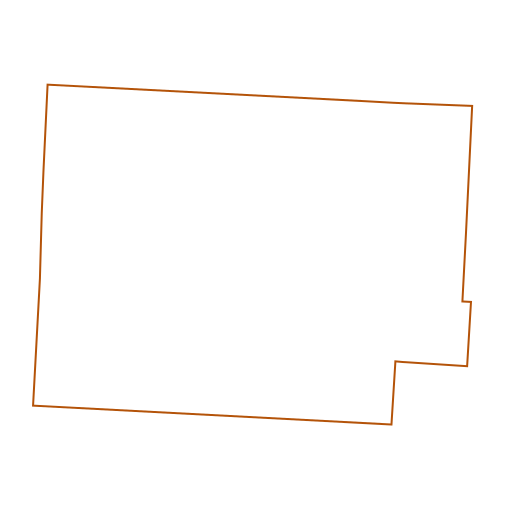 Chippewa, Wisconsin, United States of America (Natural Earth projection), rotated 183°
{"feature_id": "52423323B31580722311005", "entity_name": "Chippewa", "entity_type": "district", "adm_level": 2, "iso_a3": "USA", "parent_name": "United States of America", "parent_adm1": "Wisconsin", "projection": "natural_earth1", "projection_center": [-91.404, 45.074], "detail": "fine", "context": "isolated", "style": "outline", "palette": "amber", "viewbox_px": 512, "rotation_deg": 183, "n_neighbors": 0, "source": "geoboundaries", "source_scale": "gbopen_adm2", "svg_char_len": 434}
<svg xmlns="http://www.w3.org/2000/svg" viewBox="0 0 512 512"><g transform="rotate(183 256 256)"><path d="M111.9,94.8L111.3,155.4L111.3,158.1L103.7,157.8L102.1,157.8L101.2,157.8L39.4,157.0L38.9,221.4L47.5,221.4L47.5,288.7L48.0,417.2L107.1,416.4L108.3,416.4L113.2,416.3L127.4,416.2L156.5,416.3L473.1,416.2L472.8,351.8L472.7,330.4L472.2,287.7L470.6,221.9L470.8,94.9L111.9,94.8Z" fill="none" stroke="#b45309" stroke-width="2"/></g></svg>